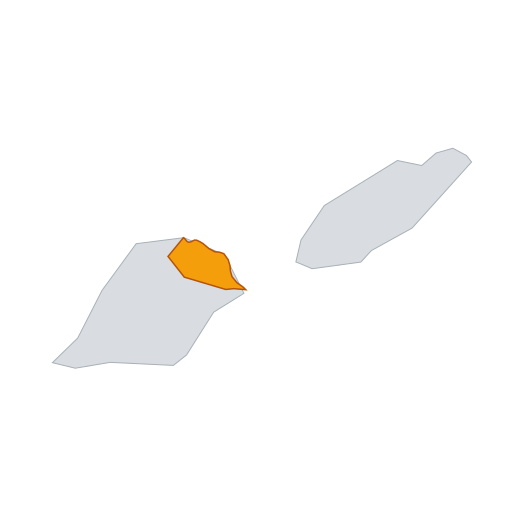 Fa'asaleleaga highlighted on a map of Samoa, rotated 312°
{"feature_id": "WSM-4989", "entity_name": "Fa'asaleleaga", "entity_type": "state/province", "adm_level": 1, "iso_a3": "WSM", "parent_name": "Samoa", "parent_adm1": "", "projection": "albers", "projection_center": [-172.216, -13.68], "detail": "fine", "context": "in_parent", "style": "filled", "palette": "amber", "viewbox_px": 512, "rotation_deg": 312, "n_neighbors": 0, "source": "natural_earth", "source_scale": "10m", "svg_char_len": 854}
<svg xmlns="http://www.w3.org/2000/svg" viewBox="0 0 512 512"><g transform="rotate(312 256 256)"><path d="M185.0,158.7L221.4,190.2L235.9,232.0L220.2,272.0L185.9,262.1L136.0,270.6L119.4,267.8L79.4,218.8L51.7,196.8L40.5,176.1L75.8,178.4L127.4,164.6L185.0,158.7ZM470.1,353.3L381.2,353.3L337.3,338.1L321.7,338.0L284.1,306.2L278.3,289.6L298.1,278.7L339.2,273.0L421.6,297.2L434.1,318.6L453.0,320.9L467.8,330.2L471.5,345.2L470.1,353.3Z" fill="#d9dde1" stroke="#a8b0b8" stroke-width="1"/><path d="M221.0,189.8L221.2,191.2L220.7,195.0L221.0,196.5L222.7,198.0L226.6,199.6L228.0,201.2L229.1,204.8L229.8,208.4L230.0,216.0L231.5,222.4L234.4,226.3L236.2,230.5L234.6,237.9L231.4,243.1L227.6,247.2L224.6,252.0L223.4,259.7L224.3,267.4L224.1,270.9L216.8,261.3L210.9,255.9L192.3,216.9L196.8,190.9L221.0,189.8Z" fill="#f59e0b" stroke="#b45309" stroke-width="1.5"/></g></svg>